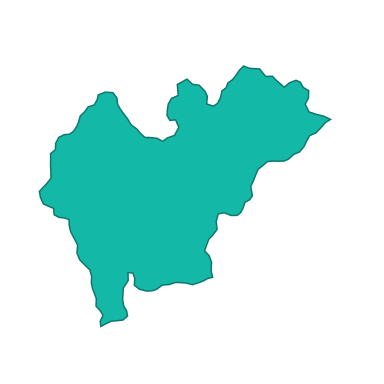 outline of Cipotânea, Minas Gerais, Brazil, rotated 169°
{"feature_id": "56859067B10436357826838", "entity_name": "Cipotânea", "entity_type": "district", "adm_level": 2, "iso_a3": "BRA", "parent_name": "Brazil", "parent_adm1": "Minas Gerais", "projection": "natural_earth1", "projection_center": [-43.36, -20.915], "detail": "fine", "context": "isolated", "style": "filled", "palette": "teal", "viewbox_px": 384, "rotation_deg": 169, "n_neighbors": 0, "source": "geoboundaries", "source_scale": "gbopen_adm2", "svg_char_len": 2220}
<svg xmlns="http://www.w3.org/2000/svg" viewBox="0 0 384 384"><g transform="rotate(169 192 192)"><path d="M316.5,265.9L318.0,259.6L323.6,256.6L324.4,251.5L325.8,245.2L326.7,238.5L327.9,232.3L334.1,227.1L338.0,224.4L341.7,221.7L341.8,215.5L340.2,208.7L335.2,205.1L330.9,202.3L331.7,196.0L327.3,192.4L322.0,190.8L318.0,188.4L318.9,182.7L318.7,176.2L316.5,168.8L314.4,161.7L316.6,153.9L315.1,146.7L310.8,140.2L307.2,135.2L306.6,128.1L308.1,122.4L308.1,116.5L307.2,111.3L306.3,105.5L308.0,98.3L304.6,92.7L302.9,87.9L306.8,82.6L307.2,77.4L302.8,78.8L296.0,80.6L289.6,79.9L284.2,79.5L278.9,82.6L278.9,88.0L280.8,93.3L280.6,99.9L277.7,110.9L271.5,117.3L270.2,125.2L265.5,123.6L264.6,118.2L266.4,111.5L262.2,106.6L255.5,103.4L249.8,102.6L245.3,103.2L238.9,106.3L231.9,105.5L225.8,106.4L220.5,105.2L215.0,103.7L209.2,100.9L202.8,101.7L197.5,102.6L193.2,104.1L188.0,104.3L188.3,110.9L186.2,119.4L187.4,126.4L190.9,131.8L187.6,137.4L184.5,142.5L180.2,145.4L174.5,150.5L173.9,158.4L170.4,165.5L164.2,165.4L158.1,161.5L152.0,160.4L148.0,162.6L144.7,166.8L142.1,171.7L137.1,173.3L133.4,176.7L133.3,186.3L129.9,190.8L126.8,195.7L122.9,201.6L117.3,204.5L112.3,207.4L107.1,207.0L101.5,205.8L95.8,204.8L91.1,205.8L85.2,209.4L78.8,210.8L73.4,215.2L69.6,220.3L65.8,224.9L59.2,226.3L53.4,230.3L47.7,234.8L42.2,236.8L48.2,241.3L54.9,244.4L61.9,248.3L64.1,256.6L59.8,262.0L58.1,269.2L62.9,273.5L64.8,279.2L68.6,281.8L75.5,280.6L81.5,277.2L84.9,281.7L88.1,285.8L91.0,290.3L97.7,291.4L102.1,299.9L106.5,301.0L111.8,302.4L117.3,305.8L122.3,302.4L127.2,297.6L130.9,294.5L135.9,292.3L138.7,287.7L143.2,285.7L145.9,279.5L150.0,274.1L154.7,272.1L160.8,275.7L158.7,282.9L159.9,288.2L164.5,295.4L170.9,297.6L175.4,303.8L180.3,302.1L185.9,300.4L187.1,289.4L194.3,287.8L198.5,282.9L200.5,277.5L201.9,271.9L200.0,266.5L194.3,265.9L192.6,258.0L198.4,250.9L205.9,249.8L211.0,247.3L215.9,251.3L222.1,253.3L227.9,254.6L231.7,259.8L234.1,264.3L238.8,269.4L241.4,276.4L244.2,282.0L246.5,286.8L248.3,292.3L247.7,298.5L250.7,304.6L257.9,306.6L265.5,305.2L267.6,300.4L271.4,296.1L277.7,295.4L282.2,291.1L287.2,288.0L289.8,282.6L292.7,278.3L296.8,274.1L301.5,272.1L306.5,272.7L312.4,271.0L316.5,265.9Z" fill="#14b8a6" stroke="#0f766e" stroke-width="1.5"/></g></svg>